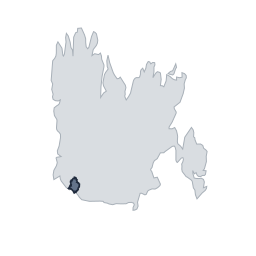 location of Gorey Lea-6, Wexford, Ireland, rotated 107°
{"feature_id": "5873133B62102749120694", "entity_name": "Gorey Lea-6", "entity_type": "district", "adm_level": 2, "iso_a3": "IRL", "parent_name": "Ireland", "parent_adm1": "Wexford", "projection": "robinson", "projection_center": [-6.324, 52.694], "detail": "fine", "context": "in_parent", "style": "filled", "palette": "slate", "viewbox_px": 256, "rotation_deg": 107, "n_neighbors": 0, "source": "geoboundaries", "source_scale": "gbopen_adm2", "svg_char_len": 6260}
<svg xmlns="http://www.w3.org/2000/svg" viewBox="0 0 256 256"><g transform="rotate(107 128 128)"><path d="M166.1,48.0L160.2,51.0L159.3,52.2L157.7,56.8L157.5,58.2L153.8,63.4L151.7,64.5L148.6,65.3L146.8,66.1L144.6,65.7L141.8,65.8L140.4,66.7L140.5,67.4L141.3,68.3L146.5,70.7L146.2,71.7L144.7,72.8L135.4,75.6L132.6,77.3L131.7,78.4L132.6,80.3L140.0,85.9L141.2,86.5L142.3,89.8L148.8,91.1L151.5,93.2L153.8,93.7L158.8,93.5L160.8,94.3L161.9,93.7L162.6,92.6L168.2,88.6L166.5,85.6L172.2,80.6L173.7,80.6L176.4,82.2L178.5,84.3L179.2,87.2L181.3,89.8L182.6,90.7L186.2,91.2L187.0,92.3L186.4,96.0L186.9,97.3L196.1,97.2L199.8,95.5L202.9,95.8L204.5,97.5L205.2,99.2L202.5,99.9L199.6,99.5L198.2,100.7L198.1,102.9L199.1,105.7L201.0,107.7L202.5,112.2L203.8,117.2L205.8,120.2L206.2,124.0L205.9,125.8L206.3,129.1L205.4,130.3L206.1,133.4L209.4,143.5L210.1,151.3L208.5,154.2L206.2,157.0L204.8,160.3L203.7,163.9L203.0,169.6L198.2,176.4L196.2,178.0L193.8,179.1L199.0,183.8L194.7,185.9L190.1,186.5L185.0,185.4L181.8,185.5L177.7,188.0L176.8,187.5L174.9,183.6L173.4,187.6L170.5,188.9L165.4,188.6L156.9,189.7L153.7,190.8L152.3,192.6L151.3,194.7L150.0,195.9L148.5,196.5L141.9,198.0L140.6,198.6L137.6,202.0L133.6,203.9L130.3,204.5L127.4,202.5L126.2,201.4L124.8,200.8L120.3,200.9L121.7,201.5L122.6,202.8L123.1,205.4L122.5,208.0L120.3,209.3L117.6,209.5L113.4,212.2L107.9,212.9L104.9,215.4L86.5,219.5L85.5,219.6L83.0,218.5L80.3,218.0L77.5,218.4L69.8,220.7L66.1,220.2L71.0,214.5L77.4,211.6L78.1,210.8L76.0,210.4L63.9,212.4L59.7,214.1L55.5,214.6L57.5,212.0L62.9,208.4L67.7,206.1L69.7,203.9L75.4,201.6L57.0,206.5L52.2,205.9L51.1,204.5L47.4,205.2L46.0,201.8L51.7,196.8L55.0,194.6L58.8,193.4L62.6,191.7L64.0,189.7L62.3,189.0L51.2,189.6L45.9,189.1L46.2,187.5L47.2,185.7L52.8,182.6L55.8,182.1L58.4,182.4L63.1,184.2L69.3,183.6L66.7,181.6L66.4,177.6L64.4,176.3L67.0,174.4L69.9,173.3L74.8,169.4L76.6,168.9L86.2,167.9L96.5,165.9L106.8,163.1L101.6,161.5L99.1,159.5L95.0,163.6L92.1,165.2L83.8,166.1L81.2,165.6L77.6,164.3L76.5,164.8L75.4,165.8L69.9,167.9L64.2,168.4L70.9,164.6L79.4,158.3L81.4,156.3L84.1,152.8L83.3,151.2L81.6,150.3L87.8,143.1L90.0,141.8L93.9,141.6L96.7,140.5L98.0,140.5L99.1,140.1L101.7,137.9L97.8,136.6L93.9,135.8L81.5,136.6L79.9,136.4L78.4,135.8L77.4,134.8L76.7,132.4L75.8,131.8L73.0,131.8L70.3,132.6L68.4,132.5L66.5,131.4L69.6,128.9L65.7,128.4L61.8,128.9L58.5,128.1L58.5,126.5L60.0,125.0L58.1,123.5L57.7,121.6L59.8,120.7L62.1,121.0L66.7,119.6L72.6,118.9L67.6,117.6L65.6,116.4L65.5,114.6L65.9,113.1L71.8,110.5L78.0,109.4L77.6,107.6L78.1,105.8L71.8,105.3L65.6,106.6L66.4,103.0L67.9,99.9L68.3,97.8L68.0,95.5L65.1,96.5L64.8,93.3L63.6,91.1L59.3,92.6L59.5,89.8L60.8,87.7L63.0,86.9L65.2,87.3L69.4,87.2L73.4,85.7L79.1,85.3L88.2,85.8L94.4,90.1L96.1,89.3L98.6,86.6L99.8,86.3L109.3,87.5L115.1,89.0L116.7,88.5L115.9,85.6L113.9,83.5L116.5,80.8L119.6,79.0L121.7,78.0L126.4,76.9L128.5,75.8L130.0,72.4L132.2,69.5L120.2,71.0L108.9,67.5L110.8,65.1L113.2,63.7L117.3,62.7L117.7,61.4L119.8,60.4L123.3,57.6L122.1,54.0L122.8,51.4L125.3,49.7L126.1,47.3L127.3,45.5L132.3,44.9L137.2,43.2L144.6,43.0L146.6,43.7L146.1,40.8L149.7,40.4L151.0,41.0L151.6,43.0L153.2,44.3L153.7,46.6L152.6,48.4L150.8,49.8L152.4,51.1L149.8,53.7L152.6,52.6L156.5,50.1L156.3,48.1L155.7,45.6L154.6,43.3L155.1,40.8L157.3,39.2L163.1,38.4L160.8,35.6L162.9,35.3L165.1,35.9L168.5,38.1L175.6,41.3L172.1,44.0L167.8,45.9L166.1,48.0ZM64.4,104.2L64.2,105.6L61.5,103.9L60.2,102.0L52.7,101.1L55.9,99.3L57.4,99.8L62.7,99.9L64.2,100.7L64.4,104.2Z" fill="#d9dde1" stroke="#a8b0b8" stroke-width="1"/><path d="M191.1,162.9L191.0,163.0L190.9,163.1L190.9,163.3L191.0,163.5L190.9,163.7L190.8,163.8L190.7,163.9L190.7,164.0L190.7,164.3L190.8,164.2L191.1,164.2L191.7,164.3L191.5,164.5L191.4,164.6L191.5,164.8L191.7,165.0L191.8,165.1L191.8,165.3L191.9,165.5L192.0,165.6L192.3,165.7L192.6,165.7L192.7,165.8L193.0,166.0L193.4,166.1L193.6,165.9L193.9,165.9L194.1,166.0L194.3,166.1L194.5,166.2L194.7,166.3L194.8,166.3L194.7,166.4L194.6,166.5L194.4,166.7L194.3,166.8L194.4,167.0L194.5,167.1L195.1,167.1L195.3,167.2L195.5,167.1L195.7,167.3L195.8,167.4L196.0,167.2L196.3,167.1L196.5,167.0L196.9,167.0L196.9,166.9L197.0,166.7L197.4,166.5L197.6,166.4L197.8,166.4L198.1,166.4L198.3,166.3L198.5,166.3L198.7,166.2L198.8,165.9L198.8,165.7L199.1,165.7L199.3,165.6L199.5,165.7L199.8,165.5L199.8,165.8L200.0,165.9L199.9,166.0L199.9,166.3L200.0,166.3L199.8,166.4L199.8,166.5L200.0,166.5L200.3,166.7L200.5,166.7L200.9,166.5L201.0,166.5L201.1,166.8L201.4,167.1L201.5,167.3L201.5,167.2L201.7,166.9L201.8,166.8L201.9,166.7L202.0,166.5L202.3,166.7L202.3,166.8L202.6,166.9L202.9,166.8L203.0,166.8L202.9,166.9L203.0,167.0L203.0,166.9L203.0,167.0L203.3,166.9L203.2,166.7L203.0,166.4L202.9,166.4L202.8,166.2L202.7,166.0L202.7,165.8L202.6,165.7L202.6,165.2L202.7,164.9L202.8,164.9L202.7,164.8L202.7,164.7L203.0,164.1L203.2,163.8L203.3,163.7L203.4,163.4L203.5,163.3L203.5,163.2L203.7,162.9L203.8,162.8L203.8,162.7L204.1,162.4L204.1,162.2L204.3,162.0L204.5,161.8L204.9,161.5L205.1,161.4L205.2,161.2L205.3,161.1L205.2,161.1L205.3,161.0L205.6,160.7L205.8,160.6L205.9,160.4L205.7,160.3L205.4,160.3L205.2,160.2L204.9,160.0L205.0,160.0L204.6,159.8L204.3,159.9L204.4,159.7L204.5,159.7L204.8,159.7L204.8,159.8L204.8,159.7L204.7,159.6L204.6,159.4L204.7,159.2L204.8,159.1L204.7,158.9L204.4,158.9L204.2,158.9L203.9,158.8L203.7,158.9L203.5,158.7L203.4,158.5L203.2,158.4L203.0,158.6L202.9,158.7L202.7,158.5L202.7,158.4L202.4,158.4L202.2,158.4L201.9,158.2L201.7,158.0L201.6,157.8L201.7,157.7L201.4,157.6L201.2,157.6L200.9,157.8L200.7,157.9L200.5,158.0L200.2,158.2L199.8,158.1L199.7,158.0L199.6,157.9L199.3,157.6L199.2,157.5L198.6,157.5L198.4,157.8L198.1,157.8L198.1,157.7L197.9,157.5L197.7,157.6L197.3,157.6L197.1,157.7L197.0,157.9L196.8,157.9L196.6,158.0L196.4,158.0L196.3,157.9L196.0,158.1L195.9,158.1L195.9,158.3L195.7,158.4L195.6,158.5L195.6,158.9L195.5,159.1L195.6,159.4L195.5,159.5L195.2,159.6L194.9,159.5L194.9,160.2L194.9,160.3L194.9,160.5L194.8,160.4L194.7,160.4L194.7,160.5L194.4,160.8L194.2,160.9L194.2,161.0L193.9,161.1L193.8,161.3L193.7,161.3L193.4,161.4L193.5,161.5L193.4,161.7L193.2,161.8L193.1,162.0L192.9,162.1L192.6,162.5L192.4,162.5L192.3,162.4L192.3,162.5L192.2,162.6L191.8,162.8L191.7,162.8L191.4,162.9L191.2,162.8L191.1,162.9Z" fill="#64748b" stroke="#1e293b" stroke-width="1.5"/></g></svg>